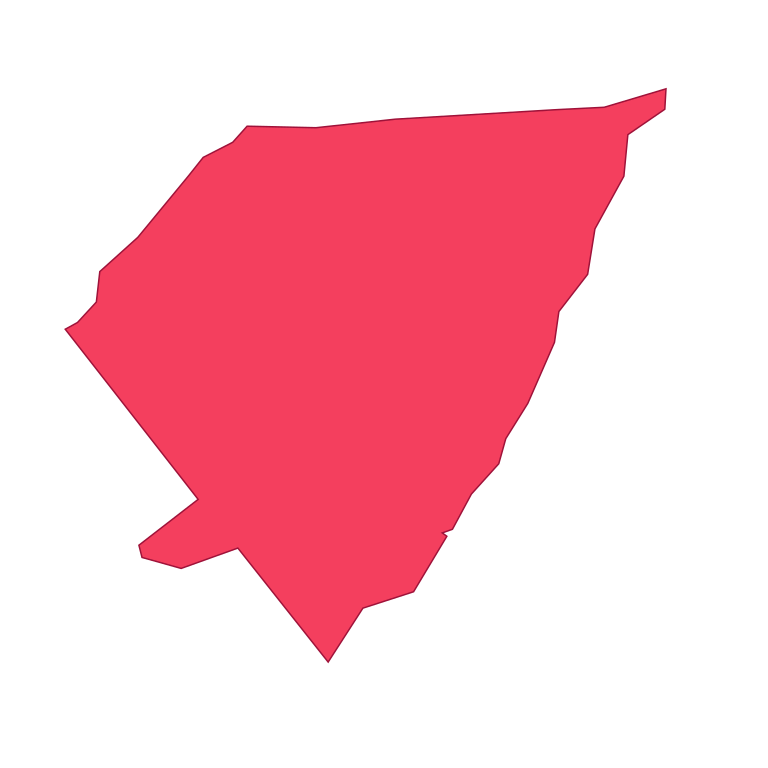 Bamberg, South Carolina, United States of America, rotated 84°
{"feature_id": "52423323B84288855823535", "entity_name": "Bamberg", "entity_type": "district", "adm_level": 2, "iso_a3": "USA", "parent_name": "United States of America", "parent_adm1": "South Carolina", "projection": "albers", "projection_center": [-81.054, 33.233], "detail": "fine", "context": "isolated", "style": "filled", "palette": "rose", "viewbox_px": 768, "rotation_deg": 84, "n_neighbors": 0, "source": "geoboundaries", "source_scale": "gbopen_adm2", "svg_char_len": 611}
<svg xmlns="http://www.w3.org/2000/svg" viewBox="0 0 768 768"><g transform="rotate(84 384 384)"><path d="M119.9,72.7L131.8,136.1L129.2,183.7L121.8,345.0L122.0,425.0L113.3,493.2L127.8,509.2L139.7,540.1L156.5,556.6L212.4,613.5L242.5,654.9L272.4,661.5L290.8,682.4L296.2,695.3L479.3,580.9L518.7,644.6L531.2,642.8L546.2,605.0L531.9,546.5L654.7,468.6L604.7,428.4L593.7,376.3L542.0,337.4L538.2,341.6L535.6,331.1L502.6,308.6L475.3,278.2L451.1,268.6L418.3,243.0L360.4,210.1L330.2,202.5L296.2,170.0L251.8,158.0L202.4,123.7L161.5,115.4L140.1,76.0L119.9,72.7Z" fill="#f43f5e" stroke="#9f1239" stroke-width="1.5"/></g></svg>